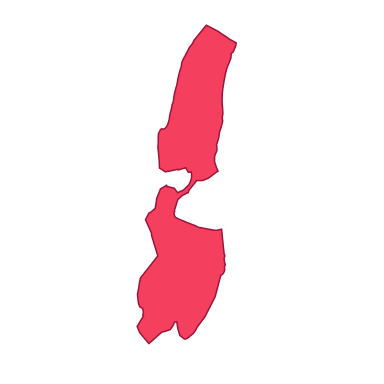 Raydah, Amran, Yemen, rotated 208°
{"feature_id": "15242507B40923002776942", "entity_name": "Raydah", "entity_type": "district", "adm_level": 2, "iso_a3": "YEM", "parent_name": "Yemen", "parent_adm1": "Amran", "projection": "equal_earth", "projection_center": [44.059, 15.769], "detail": "fine", "context": "isolated", "style": "filled", "palette": "rose", "viewbox_px": 384, "rotation_deg": 208, "n_neighbors": 0, "source": "geoboundaries", "source_scale": "gbopen_adm2", "svg_char_len": 3662}
<svg xmlns="http://www.w3.org/2000/svg" viewBox="0 0 384 384"><g transform="rotate(208 192 192)"><path d="M257.7,346.0L261.4,327.2L261.4,326.4L261.3,325.3L261.3,324.1L261.3,323.1L261.4,322.2L261.6,321.3L261.9,320.4L262.0,319.4L262.1,318.3L262.1,317.4L262.1,316.6L262.1,315.8L262.0,314.9L262.0,313.8L262.0,313.0L262.0,312.1L262.1,311.2L262.1,310.8L262.0,310.1L262.0,308.7L262.0,307.9L262.1,306.9L262.1,305.8L262.1,305.0L262.0,304.1L261.9,303.1L261.8,302.2L261.6,301.2L261.4,300.4L261.1,299.4L260.6,298.4L260.3,297.5L260.1,296.7L260.0,295.8L259.9,294.9L259.7,293.8L259.4,292.5L259.1,291.4L259.0,290.6L258.7,289.4L258.5,288.6L258.2,287.8L258.0,286.9L257.7,285.9L257.4,284.9L257.2,284.0L256.9,283.3L256.6,282.5L256.3,281.4L256.0,280.5L256.0,280.4L255.8,279.7L255.5,278.9L255.4,278.1L255.2,277.0L255.0,276.1L254.7,275.2L254.5,274.0L254.3,273.1L254.0,271.8L253.7,270.8L253.5,269.8L253.1,269.0L252.8,268.1L252.5,267.3L252.2,266.4L251.8,265.5L251.5,264.6L251.2,263.7L251.0,262.9L250.8,262.0L250.7,261.1L250.7,260.9L250.6,259.8L250.3,259.0L250.0,258.2L249.7,257.2L249.5,256.4L249.2,255.6L249.0,254.8L248.7,253.6L248.5,252.6L248.3,251.6L248.0,250.8L247.9,250.3L247.9,250.2L247.7,249.7L247.5,249.0L247.5,248.9L247.2,248.0L246.9,247.2L246.5,246.4L246.2,245.4L246.0,244.6L245.8,243.6L245.6,242.7L245.5,242.2L245.5,241.7L245.2,240.7L245.1,240.1L245.2,237.2L245.7,235.6L246.2,234.6L246.6,234.0L247.3,233.9L248.0,233.8L248.6,233.4L248.9,232.9L249.1,231.4L249.0,227.7L248.4,226.4L248.2,225.8L244.5,218.7L243.4,216.0L235.7,204.3L232.0,197.9L224.9,197.3L215.0,205.4L214.4,205.1L209.0,210.4L204.5,207.7L202.0,209.2L200.8,207.6L200.0,206.2L199.0,204.0L198.5,201.5L198.2,199.8L198.2,196.7L199.3,193.0L200.8,189.1L203.0,186.5L204.2,184.7L206.2,185.5L209.4,187.0L215.9,185.4L216.2,185.0L217.6,186.0L221.3,179.9L220.9,176.3L220.2,170.0L216.8,160.4L219.0,154.7L220.1,153.4L220.1,145.8L208.4,136.6L207.3,134.7L192.2,119.5L192.7,116.5L197.1,92.3L197.0,91.5L196.1,87.9L194.2,82.9L193.6,80.9L193.2,79.5L192.1,76.0L188.7,71.0L188.1,70.1L186.4,67.9L184.0,66.0L180.8,66.0L178.6,63.2L177.4,59.8L176.7,59.7L177.3,47.5L172.0,43.2L158.9,37.9L152.9,54.0L150.4,56.2L146.6,60.3L146.0,65.4L146.4,68.8L145.4,69.6L144.7,70.2L144.4,70.1L143.3,68.6L140.7,65.1L138.3,62.6L135.3,59.6L129.6,58.6L127.8,59.9L124.4,67.8L123.9,72.1L124.0,75.1L121.9,88.5L122.0,89.1L122.4,110.4L127.3,131.3L126.1,135.1L126.3,137.9L128.4,141.8L128.4,143.4L130.2,145.2L132.6,148.6L132.8,150.6L133.8,152.1L134.3,152.0L148.4,173.0L149.8,171.9L152.0,169.9L155.2,168.3L155.6,168.1L155.7,168.3L169.4,164.0L169.9,163.8L173.1,163.8L182.3,162.7L191.8,161.8L194.7,162.0L195.5,162.2L198.2,164.8L198.1,166.8L198.8,167.2L200.5,176.1L201.0,178.4L199.0,184.3L195.7,189.0L195.0,189.6L195.5,192.3L193.2,204.3L188.1,207.1L184.1,211.7L180.5,219.4L180.3,220.1L178.8,222.6L179.2,222.9L180.0,223.5L181.8,225.0L186.2,229.2L188.7,234.0L189.2,237.2L189.4,239.9L189.6,240.5L189.7,240.9L192.7,245.7L193.6,251.5L195.8,257.8L196.8,263.5L198.2,269.1L200.1,271.5L201.7,276.1L204.8,281.1L206.6,283.8L209.4,288.8L211.8,294.0L213.3,297.7L215.1,302.9L216.1,305.9L217.8,311.5L219.2,317.2L219.5,319.0L219.9,323.2L220.5,328.6L222.1,332.0L222.2,333.0L221.7,334.4L221.4,335.0L221.4,335.6L221.9,341.1L222.9,344.4L223.7,344.4L224.5,344.5L225.1,344.5L226.0,344.5L226.7,344.5L227.5,344.5L228.3,344.5L228.9,344.5L229.6,344.5L230.3,344.6L231.0,344.6L231.8,344.7L232.4,344.8L233.2,344.9L233.9,345.0L234.5,345.0L235.1,345.2L236.1,345.3L237.0,345.3L237.7,345.3L238.4,345.4L239.2,345.5L239.9,345.5L240.6,345.5L241.2,345.6L241.8,345.8L242.6,345.9L243.3,346.0L244.2,346.1L244.8,346.1L245.7,346.1L246.6,346.1L257.7,346.0Z" fill="#f43f5e" stroke="#9f1239" stroke-width="1.5"/></g></svg>